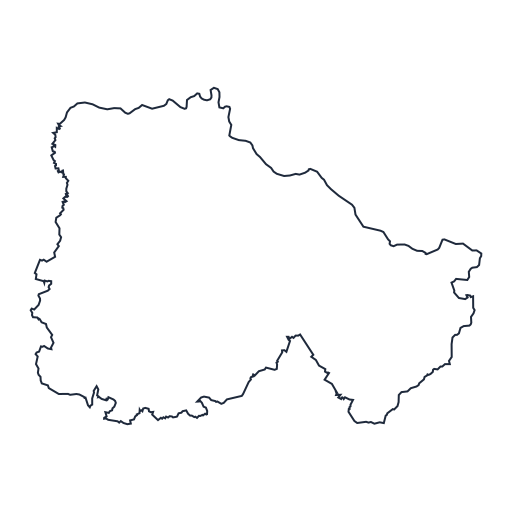 Hostotipaquillo, Jalisco, Mexico (Albers equal-area conic projection)
{"feature_id": "50627088B68006893150413", "entity_name": "Hostotipaquillo", "entity_type": "district", "adm_level": 2, "iso_a3": "MEX", "parent_name": "Mexico", "parent_adm1": "Jalisco", "projection": "albers", "projection_center": [-104.082, 21.071], "detail": "fine", "context": "isolated", "style": "outline", "palette": "slate", "viewbox_px": 512, "rotation_deg": 0, "n_neighbors": 0, "source": "geoboundaries", "source_scale": "gbopen_adm2", "svg_char_len": 5943}
<svg xmlns="http://www.w3.org/2000/svg" viewBox="0 0 512 512"><path d="M230.1,108.8L229.4,106.9L226.6,106.3L225.0,106.7L223.3,108.3L219.4,107.4L218.5,102.3L219.5,97.0L219.4,92.3L217.7,89.1L213.9,87.8L210.6,90.0L211.5,95.4L211.4,97.5L210.2,99.3L207.0,100.3L204.0,99.7L201.7,98.5L200.1,96.6L199.3,93.8L197.2,93.4L194.2,96.1L190.7,97.2L187.0,100.0L186.6,106.8L186.1,108.3L184.6,108.8L180.4,107.1L172.7,100.6L169.2,99.2L167.8,100.3L166.3,104.0L163.9,105.8L152.1,108.7L142.1,105.0L138.7,107.9L135.2,109.1L129.6,113.3L127.9,113.8L125.2,112.7L120.5,108.4L114.2,108.1L107.3,109.3L99.2,107.6L92.6,104.3L84.9,102.5L77.4,103.4L73.9,106.5L70.5,107.8L67.0,112.4L65.6,117.4L64.1,120.0L59.8,123.9L58.1,123.7L58.9,125.2L60.5,126.1L58.9,126.6L59.8,128.6L59.2,129.0L56.8,127.9L56.8,132.2L53.2,132.9L55.3,134.8L55.6,137.2L54.7,138.3L55.4,140.1L52.4,143.8L55.3,145.0L55.3,145.7L55.2,146.7L53.7,145.6L53.4,146.6L51.7,147.3L52.8,151.3L54.7,151.8L55.0,152.8L51.3,155.4L53.6,160.1L54.9,161.1L54.0,162.9L56.0,163.9L56.0,165.3L55.0,166.0L55.6,168.5L58.4,168.3L58.8,170.2L57.8,171.0L58.5,172.4L60.2,171.7L61.6,172.3L62.3,170.7L63.0,170.5L63.3,174.0L64.0,174.4L63.2,176.9L65.8,176.9L65.8,178.2L68.3,180.8L66.9,182.9L67.5,184.8L66.3,188.7L66.3,191.3L67.7,193.1L65.8,193.9L66.1,195.0L67.5,195.2L68.0,196.2L67.3,196.9L65.1,196.9L63.4,198.4L66.5,201.2L65.0,202.1L63.7,201.5L62.6,201.9L63.8,204.8L62.5,206.0L62.3,207.7L63.3,208.2L63.6,209.8L60.1,213.3L60.9,214.3L60.2,215.2L56.3,217.7L55.6,222.0L59.5,228.3L59.3,234.6L61.1,237.2L60.1,240.8L57.4,244.2L58.8,246.1L54.2,252.5L55.1,256.8L46.6,261.7L43.7,259.7L42.0,260.6L40.0,259.8L34.8,273.0L36.5,274.3L35.8,279.0L43.7,281.2L44.3,282.9L44.7,280.6L47.4,281.4L48.6,280.8L51.2,281.2L51.2,283.8L49.1,285.5L48.6,287.2L49.6,289.0L47.8,290.7L38.8,294.2L38.4,295.6L40.0,298.5L40.1,300.6L38.6,304.9L34.2,309.5L31.7,308.6L30.7,310.2L32.3,312.9L32.0,315.1L33.0,317.2L37.3,317.5L38.4,319.1L38.7,318.5L39.7,319.1L41.6,322.3L46.0,324.0L46.8,327.5L52.2,334.9L51.0,337.2L53.5,342.8L51.0,347.6L51.4,349.2L47.8,348.5L44.1,346.0L42.3,346.8L41.0,346.4L39.1,351.6L36.6,352.5L35.6,354.1L37.7,356.5L36.0,364.1L38.5,368.5L37.9,372.7L38.6,374.8L40.5,376.8L40.7,380.5L41.8,383.4L47.9,385.4L48.8,388.1L58.8,394.0L68.0,393.9L70.1,394.8L76.4,394.0L79.4,394.5L84.0,396.9L84.5,397.9L85.5,397.6L88.0,405.3L89.8,407.3L90.5,405.6L92.2,404.6L92.2,398.4L94.0,392.6L93.7,390.9L96.6,386.2L98.3,389.4L97.1,395.4L98.5,396.4L98.2,397.2L99.1,397.0L101.6,398.9L105.8,400.2L106.3,399.1L107.0,400.1L107.7,399.5L108.4,397.2L113.5,399.5L115.1,400.9L115.8,402.9L114.3,406.7L112.5,408.3L112.1,410.3L109.8,411.2L108.8,412.9L105.4,412.2L106.6,416.4L104.2,417.8L104.1,418.7L106.1,418.5L108.2,419.8L117.6,421.3L119.2,422.6L120.8,421.1L123.5,423.0L127.4,424.2L130.8,423.6L130.1,420.4L134.0,419.4L135.2,416.4L137.0,415.1L136.8,414.4L139.5,413.2L139.7,409.9L140.3,411.0L141.5,410.3L142.4,411.2L143.2,408.5L145.3,407.9L148.6,408.8L149.0,411.3L150.8,412.2L153.1,411.9L152.2,414.6L158.0,420.1L160.9,417.8L162.1,418.7L163.4,417.3L165.2,418.3L166.1,416.6L168.1,417.5L169.6,416.2L172.0,416.5L173.0,417.4L176.3,416.8L177.1,416.5L178.6,413.3L181.4,412.7L182.6,411.2L186.2,410.4L188.1,413.8L190.1,415.6L191.8,415.6L194.3,417.1L195.4,416.7L197.0,417.9L199.0,415.8L200.2,416.0L202.4,414.9L203.0,415.4L205.1,413.7L206.3,414.5L207.0,414.2L207.2,411.0L205.9,407.6L203.6,406.7L201.9,402.8L200.0,400.7L199.2,401.5L197.2,401.6L201.1,397.5L204.0,396.6L209.1,397.6L211.2,400.1L215.4,401.1L216.1,401.9L217.4,401.5L221.3,403.8L223.7,402.9L226.9,399.4L241.8,395.9L243.0,394.0L242.3,393.6L243.1,394.0L248.7,382.0L250.9,379.5L250.4,378.3L250.9,377.2L253.4,376.4L252.8,375.4L253.2,374.4L254.9,375.4L258.9,371.2L264.7,369.5L266.0,367.6L274.6,369.8L276.8,368.9L277.1,364.5L276.5,362.6L277.8,361.7L277.2,360.7L282.2,352.4L282.0,350.4L284.4,350.2L286.4,351.8L290.0,341.0L288.6,339.8L287.1,336.8L288.6,336.8L289.3,339.0L292.0,336.8L293.5,337.9L295.6,335.6L298.3,335.6L300.1,334.5L313.3,354.8L311.3,356.8L315.9,360.0L319.0,365.6L325.3,369.1L325.0,371.6L327.4,373.0L328.0,372.5L329.0,373.0L324.6,379.7L331.9,383.9L336.8,392.4L336.1,392.2L336.6,393.7L336.1,395.0L340.4,394.8L338.3,397.5L341.1,399.0L341.6,397.6L342.5,397.4L343.7,399.1L345.0,397.3L349.5,399.5L353.0,399.9L350.5,404.7L350.5,406.4L349.5,407.2L349.6,408.9L348.8,409.0L348.5,411.8L354.4,421.0L357.2,423.0L366.1,421.8L368.5,422.6L370.9,422.0L374.4,423.7L379.7,422.3L383.8,423.1L385.7,415.6L386.8,414.9L387.3,413.3L392.8,409.1L394.1,409.5L397.5,406.1L398.6,402.1L398.8,395.0L401.5,392.1L407.5,391.4L410.8,388.2L416.5,386.5L418.6,385.1L419.2,383.3L423.9,379.4L424.6,376.9L427.0,375.5L427.5,374.4L428.6,374.9L430.5,374.0L432.8,371.9L433.1,369.7L434.2,368.9L437.6,369.4L440.5,366.5L442.3,366.5L445.0,364.1L449.8,364.1L449.0,360.9L451.7,357.0L451.6,344.1L452.5,337.5L455.1,334.9L456.9,334.9L458.9,333.4L460.5,327.9L463.7,326.1L469.4,325.6L470.7,324.4L471.3,322.7L471.0,316.9L473.5,313.4L474.6,310.1L473.2,307.8L473.1,296.3L470.8,297.1L470.2,295.6L467.3,295.0L466.4,295.2L467.6,297.5L465.2,299.1L458.9,298.0L454.1,292.5L454.3,290.5L451.5,282.6L454.1,281.4L456.1,278.9L467.3,280.0L469.2,277.0L468.8,271.8L470.7,268.8L472.3,267.7L476.9,267.1L479.1,265.0L479.9,258.2L481.2,256.1L481.3,253.5L476.6,250.4L472.3,250.5L463.0,243.6L455.8,244.0L444.4,239.4L442.5,239.7L439.2,247.9L437.7,249.5L426.6,254.2L425.6,253.9L425.6,252.9L422.3,251.0L417.1,250.8L412.4,248.8L408.5,245.9L404.6,244.5L397.1,244.6L393.6,246.2L390.8,245.3L389.6,243.8L390.0,241.3L388.1,239.4L383.4,232.0L380.5,230.7L363.4,226.7L355.5,214.6L354.4,207.8L352.0,204.7L338.7,195.7L330.9,189.1L327.0,185.2L324.0,179.7L321.7,177.9L317.1,171.7L310.3,168.9L308.8,169.3L308.5,170.5L305.1,172.7L299.5,174.6L295.7,173.9L289.9,175.5L284.1,176.0L276.8,173.8L273.6,171.6L271.1,167.9L266.0,164.2L260.0,157.0L256.6,154.1L253.0,148.2L252.4,145.4L250.3,142.5L245.6,140.8L238.8,140.1L232.2,137.8L229.9,136.2L229.3,135.5L231.3,124.9L229.2,121.5L228.4,117.1L230.1,108.8Z" fill="none" stroke="#1e293b" stroke-width="2"/></svg>